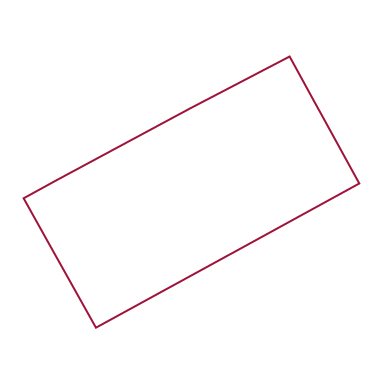 outline of Telsen, Chubut, Argentina, rotated 332°
{"feature_id": "61730980B58440268064680", "entity_name": "Telsen", "entity_type": "district", "adm_level": 2, "iso_a3": "ARG", "parent_name": "Argentina", "parent_adm1": "Chubut", "projection": "orthographic", "projection_center": [-67.11, -42.441], "detail": "fine", "context": "isolated", "style": "outline", "palette": "rose", "viewbox_px": 384, "rotation_deg": 332, "n_neighbors": 0, "source": "geoboundaries", "source_scale": "gbopen_adm2", "svg_char_len": 364}
<svg xmlns="http://www.w3.org/2000/svg" viewBox="0 0 384 384"><g transform="rotate(332 192 192)"><path d="M343.7,263.0L342.7,187.0L342.4,169.1L342.0,134.4L341.8,118.8L341.8,118.2L229.1,117.3L78.2,118.0L40.4,118.5L40.4,119.4L40.8,139.1L41.4,169.4L43.5,266.7L118.3,265.8L192.6,264.9L194.6,264.9L343.7,263.0Z" fill="none" stroke="#9f1239" stroke-width="2"/></g></svg>